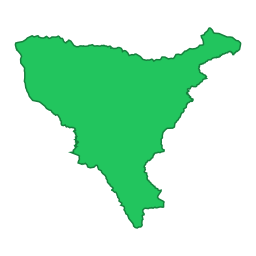 Mae Ai, Chiang Mai, Thailand (orthographic projection)
{"feature_id": "78962969B45040254304156", "entity_name": "Mae Ai", "entity_type": "district", "adm_level": 2, "iso_a3": "THA", "parent_name": "Thailand", "parent_adm1": "Chiang Mai", "projection": "orthographic", "projection_center": [99.393, 19.961], "detail": "fine", "context": "isolated", "style": "filled", "palette": "green", "viewbox_px": 256, "rotation_deg": 0, "n_neighbors": 0, "source": "geoboundaries", "source_scale": "gbopen_adm2", "svg_char_len": 5722}
<svg xmlns="http://www.w3.org/2000/svg" viewBox="0 0 256 256"><path d="M133.6,226.0L135.2,227.5L137.2,228.0L138.8,227.0L140.8,226.9L142.0,225.6L142.1,224.4L141.8,223.4L142.1,220.1L142.9,219.4L142.2,215.9L142.6,215.2L143.9,214.9L144.1,214.2L143.9,213.5L142.9,212.3L142.8,210.0L144.3,208.5L145.2,208.2L148.3,208.6L149.9,207.8L151.0,208.1L151.7,207.6L153.0,208.2L155.0,207.2L155.9,207.8L156.9,207.8L160.0,206.9L163.1,207.2L163.6,206.9L163.6,203.4L164.0,202.0L163.3,201.3L158.6,198.8L157.6,197.4L157.8,195.9L161.0,191.2L161.1,190.2L159.7,190.5L158.5,190.3L158.0,189.9L157.7,188.8L155.2,187.9L154.8,186.4L154.0,186.3L152.5,184.7L151.2,183.9L150.7,182.7L149.1,181.5L148.8,180.5L148.2,180.4L147.3,179.5L147.0,177.5L147.5,176.4L146.6,174.9L146.7,173.1L144.6,172.4L144.2,171.8L145.3,169.5L144.8,168.8L145.1,167.8L144.2,167.2L144.2,166.5L144.6,165.5L145.6,164.3L145.9,162.7L146.8,162.4L147.9,160.5L149.2,160.6L150.7,159.6L151.3,158.4L152.7,157.6L153.1,155.9L153.7,155.0L153.6,154.3L154.2,154.2L155.1,153.0L156.6,152.9L158.2,152.3L160.1,152.6L161.3,151.9L163.9,151.4L164.2,150.0L163.0,149.5L162.3,148.8L161.9,147.7L162.0,145.4L161.0,143.9L161.3,142.4L161.1,139.2L162.4,137.8L162.3,135.7L163.0,132.4L165.4,129.7L167.2,128.3L172.7,128.1L174.4,127.0L174.9,123.2L176.1,122.2L177.0,120.7L178.2,119.8L178.9,118.2L180.1,117.1L181.2,113.8L182.1,112.7L182.9,112.5L183.8,111.3L184.0,110.7L183.6,109.1L186.2,107.4L186.6,104.3L187.2,104.0L187.3,103.4L188.1,102.7L188.9,102.5L190.5,101.1L191.7,101.4L192.4,101.2L193.0,100.1L193.0,99.2L192.6,99.0L191.9,99.5L191.7,98.6L190.2,97.7L190.3,97.2L189.9,97.1L190.3,96.7L189.4,96.1L189.2,95.4L188.7,95.3L188.3,94.7L187.5,94.4L187.9,93.8L187.7,93.2L186.7,93.3L186.6,92.8L187.1,92.2L188.9,91.0L187.5,89.9L187.6,89.0L188.8,88.6L189.5,89.0L190.0,88.8L190.9,87.0L192.0,86.1L193.2,86.6L195.4,86.7L196.2,86.5L196.7,86.0L197.2,84.7L198.6,84.4L200.7,82.1L202.0,81.6L203.1,79.3L206.6,78.4L206.2,78.0L205.9,78.1L205.3,77.7L205.6,76.9L206.3,76.6L205.4,75.3L203.5,74.6L202.2,73.3L201.4,73.4L199.7,72.1L199.7,70.5L199.1,69.9L199.3,69.5L198.6,68.4L199.3,67.1L199.0,66.4L199.6,66.0L199.5,64.8L200.6,64.1L201.2,64.3L202.1,63.7L202.8,63.9L202.9,63.4L205.1,62.7L206.0,61.5L207.2,61.2L208.2,59.9L211.1,59.7L211.6,58.9L212.8,58.1L215.0,57.5L216.3,57.7L216.8,57.1L217.9,57.4L218.4,57.0L219.2,57.0L220.2,56.4L220.1,55.4L221.4,55.3L222.3,54.4L222.9,54.2L222.9,53.9L224.1,53.9L225.6,53.2L225.8,52.8L227.6,52.8L227.9,52.2L229.2,51.5L229.9,51.7L230.1,51.4L231.3,51.9L231.4,52.5L232.0,52.5L232.9,54.6L233.7,54.6L234.3,53.1L235.1,52.9L235.1,52.6L235.9,52.1L236.4,51.2L237.2,51.4L239.5,49.5L240.5,44.7L240.6,43.3L240.4,42.8L238.4,40.9L236.0,40.4L232.4,37.4L230.1,37.0L227.1,37.0L218.9,33.5L214.3,33.2L213.4,32.4L212.3,30.1L210.5,28.2L209.6,28.0L208.9,28.3L207.6,30.8L204.9,33.0L204.2,34.7L201.2,35.7L201.6,37.8L202.4,38.6L203.3,41.3L203.5,44.1L202.9,45.0L199.6,45.3L198.2,47.1L195.6,48.5L192.3,49.0L189.8,48.6L186.3,51.0L184.9,51.1L181.5,54.6L180.1,54.7L178.3,54.2L176.0,54.5L174.1,57.8L173.0,58.6L171.2,58.3L168.4,58.9L165.0,57.1L162.3,57.0L161.8,57.2L161.1,58.8L160.0,59.8L156.3,59.6L153.8,61.1L152.5,59.5L151.7,59.2L149.5,60.1L147.5,60.0L146.3,60.3L142.8,59.4L140.4,56.6L136.1,54.1L135.0,54.1L133.7,54.9L131.9,54.6L129.1,55.5L127.6,52.7L125.7,50.9L124.1,50.6L122.5,51.6L122.2,50.0L121.3,48.4L119.5,47.6L118.0,47.5L116.4,48.4L113.5,48.5L112.2,47.9L110.9,48.1L111.0,46.8L110.0,46.1L107.7,46.8L106.6,46.1L104.8,45.9L103.9,45.3L103.1,45.8L101.9,45.4L100.1,46.2L97.3,45.8L94.4,46.1L92.3,44.7L90.7,45.2L88.9,45.3L88.1,46.0L85.8,46.3L84.2,46.2L83.5,45.9L82.9,46.3L82.4,46.0L80.1,45.9L78.4,46.7L76.3,46.7L73.9,45.5L70.9,41.2L69.1,40.2L68.5,40.2L67.7,41.5L66.6,41.9L65.9,42.9L64.5,42.3L63.6,41.3L63.0,39.4L62.3,38.4L60.6,38.4L59.1,36.6L58.2,36.1L56.9,36.9L55.7,37.1L51.9,37.0L50.5,38.1L49.0,38.4L46.6,36.4L45.8,36.7L45.5,37.5L44.6,37.4L43.7,38.1L40.7,37.8L39.8,37.3L38.9,37.2L38.4,36.0L37.4,35.8L34.1,36.9L32.1,35.8L27.4,38.0L25.9,39.6L22.7,41.6L17.6,42.5L15.7,43.1L15.4,44.8L16.3,48.7L17.0,49.2L16.7,49.9L18.0,51.0L20.5,54.0L21.6,56.2L20.6,59.2L20.8,63.0L24.6,67.9L24.4,70.9L24.8,72.5L24.8,77.8L24.4,81.3L25.2,83.1L25.8,87.8L26.4,88.9L27.0,91.1L28.2,92.9L29.4,96.4L32.7,100.4L39.0,101.7L40.2,102.3L44.9,106.1L46.5,108.4L49.2,110.0L51.0,110.4L52.1,112.3L53.0,112.9L53.4,113.7L55.1,114.5L55.5,115.2L57.0,114.7L57.7,114.9L60.2,118.8L60.1,119.9L61.0,120.8L61.4,122.7L61.2,123.6L61.5,124.7L61.9,125.2L63.3,125.6L65.1,125.0L66.4,126.9L67.8,126.5L69.7,127.7L71.2,127.3L72.4,127.7L72.9,127.4L75.1,128.5L74.9,129.5L75.5,130.0L75.5,130.5L74.1,130.7L73.6,131.4L75.5,132.8L75.2,133.6L75.8,133.9L75.7,134.7L76.8,136.4L75.5,137.0L75.6,137.7L76.3,137.8L76.2,138.7L75.1,139.5L75.8,139.6L75.7,140.9L76.1,140.5L76.5,141.4L76.9,141.1L77.8,141.4L77.4,142.1L78.1,142.4L77.7,142.9L77.0,142.4L76.1,142.9L76.6,143.4L76.1,143.6L75.7,144.6L76.5,144.4L76.5,144.9L76.0,145.3L74.6,145.5L74.8,146.0L75.3,145.8L75.8,146.2L75.6,146.9L76.3,146.9L76.0,147.1L75.9,147.6L75.4,147.6L75.1,148.6L73.3,150.3L73.5,152.0L70.9,152.4L78.1,155.2L79.4,156.1L79.2,157.4L79.4,159.3L78.4,161.4L78.1,162.9L82.0,164.3L82.3,163.8L83.8,164.1L85.3,163.3L87.3,165.2L87.6,166.7L88.0,167.1L90.3,167.8L93.9,167.2L96.0,165.2L97.3,165.5L98.6,169.4L101.3,170.7L101.6,172.0L102.7,173.5L105.2,175.5L106.3,177.7L106.1,178.5L107.3,180.0L107.5,182.2L109.0,184.0L109.9,184.3L110.2,185.6L112.8,187.6L113.1,188.3L112.9,189.0L111.9,189.7L111.8,190.2L113.0,190.7L114.6,192.2L115.7,192.1L116.1,192.5L117.2,194.9L117.2,195.6L117.7,196.1L117.8,197.4L118.8,198.3L119.3,199.4L119.0,201.0L121.8,203.1L121.5,204.7L120.9,205.2L123.2,206.0L124.2,206.8L124.5,208.4L124.0,209.8L125.2,211.4L125.9,213.8L127.6,214.8L128.9,218.6L132.8,223.3L133.5,224.9L133.6,226.0Z" fill="#22c55e" stroke="#15803d" stroke-width="1.5"/></svg>